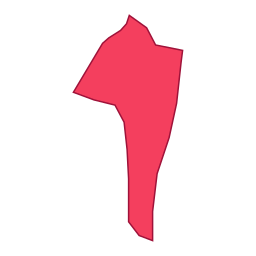 the Quarter of Castries
{"feature_id": "LCA-5077", "entity_name": "Castries", "entity_type": "Quarter", "adm_level": 1, "iso_a3": "LCA", "parent_name": "Saint Lucia", "parent_adm1": "", "projection": "robinson", "projection_center": [-60.977, 13.961], "detail": "fine", "context": "isolated", "style": "filled", "palette": "rose", "viewbox_px": 256, "rotation_deg": 0, "n_neighbors": 0, "source": "natural_earth", "source_scale": "10m", "svg_char_len": 405}
<svg xmlns="http://www.w3.org/2000/svg" viewBox="0 0 256 256"><path d="M73.4,92.3L102.6,43.3L108.9,37.8L120.6,30.4L126.5,23.8L129.3,15.4L146.6,27.8L155.6,45.0L182.6,50.4L181.1,62.2L176.6,103.3L169.1,137.7L157.1,173.7L152.6,211.5L152.6,240.6L139.1,235.5L128.6,221.8L128.6,196.0L128.6,178.9L127.1,149.7L124.1,122.2L115.0,105.1L94.0,99.9L73.4,92.3Z" fill="#f43f5e" stroke="#9f1239" stroke-width="1.5"/></svg>